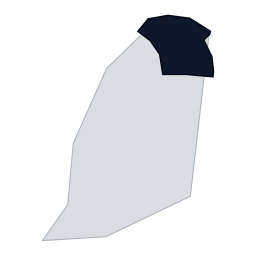 where Saint Patrick sits in Grenada
{"feature_id": "GRD-5075", "entity_name": "Saint Patrick", "entity_type": "Parish", "adm_level": 1, "iso_a3": "GRD", "parent_name": "Grenada", "parent_adm1": "", "projection": "albers", "projection_center": [-61.638, 12.208], "detail": "fine", "context": "in_parent", "style": "filled", "palette": "ink", "viewbox_px": 256, "rotation_deg": 0, "n_neighbors": 0, "source": "natural_earth", "source_scale": "10m", "svg_char_len": 461}
<svg xmlns="http://www.w3.org/2000/svg" viewBox="0 0 256 256"><path d="M106.0,236.6L42.5,240.6L67.7,204.6L73.3,143.2L106.6,68.5L158.5,18.0L209.4,31.4L190.3,196.3L106.0,236.6Z" fill="#d9dde1" stroke="#a8b0b8" stroke-width="1"/><path d="M137.9,31.3L148.1,18.9L168.0,15.4L189.7,18.3L210.4,31.3L209.7,34.3L203.8,40.0L211.8,56.5L213.5,70.7L213.0,76.8L186.3,74.4L162.8,74.4L159.7,54.3L150.3,40.7L137.9,31.3Z" fill="#0f172a" stroke="#020617" stroke-width="1.5"/></svg>